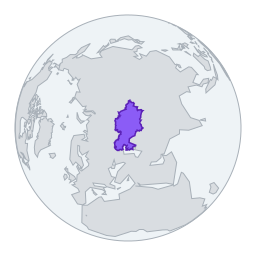 the Earth from above Kazakhstan, rotated 286°
{"feature_id": "KAZ", "entity_name": "Kazakhstan", "entity_type": "country or territory", "adm_level": 0, "iso_a3": "KAZ", "parent_name": "Asia", "parent_adm1": "", "projection": "orthographic", "projection_center": [65.802, 47.999], "detail": "fine", "context": "on_globe", "style": "filled", "palette": "violet", "viewbox_px": 256, "rotation_deg": 286, "n_neighbors": 0, "source": "natural_earth", "source_scale": "50m", "svg_char_len": 15655}
<svg xmlns="http://www.w3.org/2000/svg" viewBox="0 0 256 256"><g transform="rotate(286 128 128)"><circle cx="128" cy="128" r="113" fill="#eef3f6" stroke="#a8b0b8"/><path d="M143.0,16.4L141.7,16.9L139.2,16.4L139.1,16.8L142.2,17.6L144.3,18.1L148.2,22.4L157.8,28.0L163.2,29.2L160.1,29.5L171.9,32.0L178.7,35.8L169.6,31.8L167.5,31.8L171.4,34.4L170.1,34.9L171.2,36.5L169.3,37.0L164.2,35.0L162.8,35.3L165.6,37.2L165.5,39.0L161.6,36.2L161.0,39.2L152.3,36.8L143.4,29.8L137.1,29.8L124.0,26.4L123.7,27.5L118.6,27.2L116.3,28.5L114.5,27.8L114.3,29.5L116.3,30.0L116.9,31.0L115.8,31.8L113.3,30.9L113.5,30.3L112.2,30.5L111.4,29.8L111.2,30.6L108.3,29.6L109.4,32.0L105.7,32.2L104.3,31.2L106.7,29.6L109.3,23.9L108.6,22.7L105.2,22.5L94.0,25.5L92.2,25.2L88.2,25.9L88.1,26.8L91.2,26.6L90.1,28.6L94.0,28.3L94.1,29.2L97.2,29.8L94.3,31.7L89.7,33.2L87.0,32.9L84.9,33.6L85.5,35.7L78.5,37.0L70.6,41.4L69.1,41.7L69.6,38.7L74.6,34.1L75.3,31.2L72.4,35.2L68.6,36.1L66.9,37.3L65.6,38.6L66.1,39.1L64.3,40.0L66.5,36.1L68.2,35.3L67.5,36.4L69.8,34.4L71.3,32.2L69.3,33.1L73.7,29.6L72.3,30.3L72.5,30.1L74.4,29.2L71.0,30.9L71.3,30.7L78.6,26.8L86.1,23.4L93.9,20.6L101.9,18.4L110.0,16.8L118.2,15.8L126.5,15.4L134.8,15.6L143.0,16.4ZM145.4,18.3L142.4,17.6L140.1,16.8L142.7,17.3L145.4,18.3ZM149.7,20.5L147.9,20.2L148.2,19.4L149.1,19.8L149.7,20.5ZM167.3,30.2L165.1,29.0L167.7,30.0L167.3,30.2ZM171.7,36.7L172.7,36.9L172.8,37.7L171.7,36.7ZM98.6,28.8L97.9,29.3L97.7,28.9L98.6,28.8ZM100.6,28.7L100.8,27.9L101.8,27.7L101.6,28.2L100.6,28.7ZM170.1,39.2L170.0,40.5L169.2,38.8L170.1,39.2ZM100.0,29.7L103.5,27.5L105.2,27.3L106.0,29.0L100.0,29.7ZM169.3,41.1L169.2,44.5L171.5,45.2L164.9,45.3L167.2,42.2L165.9,40.0L167.9,41.2L169.3,41.1ZM117.5,29.8L115.2,29.3L118.1,28.9L117.5,29.8ZM119.2,29.3L127.4,27.2L130.1,28.6L126.8,28.9L131.2,30.1L128.6,31.8L125.5,31.5L124.3,30.3L124.2,31.9L119.2,29.3ZM161.3,45.0L160.5,45.6L160.3,44.6L161.3,45.0ZM117.4,31.3L118.8,30.7L121.2,31.8L118.9,33.2L118.8,32.4L117.4,31.3ZM133.7,29.7L135.1,30.9L133.4,32.5L133.7,33.2L128.7,31.9L133.7,29.7ZM117.7,32.6L117.6,34.0L115.4,34.3L116.2,32.0L117.7,32.6ZM122.9,31.5L123.9,32.1L122.6,32.2L122.9,31.5ZM107.5,36.5L109.2,35.6L110.6,36.0L107.5,36.5ZM117.7,34.4L118.5,34.3L119.3,34.4L118.7,35.4L117.7,34.4ZM127.8,33.2L126.8,33.7L129.8,33.8L128.6,35.2L125.5,34.1L126.3,35.1L125.9,35.6L123.8,34.3L127.8,33.2ZM120.5,36.8L116.2,36.1L112.8,37.6L111.5,37.2L117.1,34.9L120.5,36.8ZM122.6,35.4L121.0,36.1L120.1,35.2L120.7,34.1L122.6,35.4ZM128.8,36.5L131.5,34.7L132.1,35.0L128.8,36.5ZM119.7,37.4L120.8,37.5L119.6,37.6L119.7,37.4ZM126.2,36.9L127.1,36.2L127.7,36.6L126.2,36.9ZM122.2,38.5L120.8,38.2L121.1,37.5L122.2,38.5ZM124.2,37.9L124.8,38.6L122.1,37.3L124.4,37.5L124.2,37.9ZM126.7,37.4L127.3,37.4L126.2,37.6L126.7,37.4ZM121.6,41.7L118.1,40.3L118.9,38.5L122.2,40.1L121.6,41.7ZM56.3,214.9L50.5,209.6L40.5,196.6L41.0,193.9L39.6,189.5L33.5,175.0L34.7,170.7L33.5,166.8L30.8,164.3L29.6,159.5L28.1,157.4L20.2,145.6L18.8,137.0L19.8,118.1L22.0,115.7L24.3,109.7L41.2,105.2L42.6,110.3L53.5,119.2L54.5,121.4L50.9,125.5L57.2,139.6L62.0,137.5L70.0,146.8L76.8,150.1L83.3,141.4L72.2,135.8L72.5,129.9L83.3,130.1L93.4,135.2L93.8,133.0L89.4,126.0L93.7,123.4L88.1,123.2L88.9,126.0L85.4,126.1L84.5,123.6L86.0,122.7L83.5,120.3L76.8,125.5L76.9,128.9L69.2,125.9L68.6,131.4L65.8,132.3L65.7,123.4L67.3,121.0L65.5,109.5L63.2,111.6L64.7,122.7L63.4,121.0L60.3,124.3L61.6,120.4L60.5,108.0L54.9,104.6L44.3,108.2L41.7,105.6L41.1,100.4L48.4,92.2L53.3,99.0L56.0,96.5L57.9,89.9L59.3,92.7L60.7,90.9L62.8,93.3L68.8,92.0L71.4,94.0L76.6,89.3L78.6,89.8L75.0,92.3L73.9,95.3L80.8,100.4L82.9,100.2L85.7,96.8L87.2,98.8L89.0,94.9L94.4,96.2L89.4,91.5L92.5,87.8L97.3,86.5L97.4,84.5L89.7,86.7L87.4,88.4L86.9,91.1L79.9,95.5L77.0,94.7L80.9,87.2L77.1,85.4L81.8,80.7L99.8,77.1L105.8,78.0L109.9,87.5L106.9,89.4L103.9,86.8L104.1,92.7L105.3,90.5L106.6,92.3L109.9,89.5L111.0,90.6L112.4,86.1L114.0,87.2L113.1,90.1L119.5,87.2L123.7,88.8L124.7,87.6L124.4,86.0L130.0,89.3L130.4,88.3L128.8,86.8L128.6,83.9L130.4,80.3L132.2,81.6L131.8,83.1L133.7,88.4L132.3,92.4L133.2,92.6L134.9,89.5L132.6,83.0L133.1,80.4L134.7,83.3L134.1,82.0L135.0,81.2L137.5,81.7L136.1,78.5L143.0,68.3L148.6,68.5L149.2,72.0L155.9,67.1L161.7,68.3L160.2,66.8L162.4,63.8L160.6,63.4L160.0,62.5L164.9,55.3L167.4,54.8L167.8,50.5L167.0,49.9L165.1,49.9L164.9,45.3L171.5,45.2L172.9,46.7L176.0,45.8L178.9,49.5L182.7,52.3L184.0,57.2L186.9,59.1L187.8,58.6L192.4,61.1L198.9,68.5L189.7,64.9L179.3,55.3L183.2,59.3L181.2,59.2L181.9,61.2L184.7,64.1L185.8,63.9L184.3,73.5L188.9,83.5L191.4,80.3L194.8,81.2L202.2,91.0L204.3,110.3L208.8,112.6L210.3,115.5L209.0,119.3L206.8,115.1L203.9,115.5L202.8,112.7L200.0,117.8L198.4,114.1L197.0,120.1L199.5,122.1L202.6,118.8L202.1,125.8L207.6,128.1L210.2,133.7L207.7,148.3L202.1,155.6L202.2,157.6L199.0,157.2L196.3,162.8L203.5,169.5L203.8,172.3L198.6,180.7L198.2,178.8L189.7,177.8L189.2,184.9L195.7,187.1L198.0,191.9L193.5,192.4L191.0,188.2L188.0,187.7L188.1,181.9L184.1,174.4L179.5,178.0L179.1,174.3L172.9,168.4L165.9,173.0L155.2,185.3L154.9,194.3L150.7,198.7L142.6,187.0L140.5,178.0L136.6,179.1L129.0,171.2L113.2,169.9L111.8,167.1L108.6,167.9L103.4,164.5L101.7,159.8L98.1,159.4L103.1,171.5L107.0,172.0L111.5,168.5L112.0,172.4L117.1,176.4L108.3,184.3L86.3,187.1L85.6,179.9L76.6,155.8L77.7,153.7L77.7,153.4L77.7,152.9L75.3,156.0L74.3,151.1L77.5,167.7L77.4,173.8L85.9,187.4L84.8,188.1L88.0,191.1L100.1,191.5L99.8,193.6L93.2,201.8L77.7,208.7L80.7,216.4L81.0,221.4L73.4,221.0L76.1,224.7L72.4,223.8L73.5,225.3L71.7,225.1L67.9,223.3L66.2,222.2L56.3,214.9ZM32.9,111.3L31.9,112.9L32.9,111.3ZM102.5,145.6L109.5,147.7L109.0,140.4L111.7,140.6L110.5,138.2L108.9,139.8L106.5,133.1L110.5,131.9L111.0,128.8L108.6,128.0L101.7,131.4L105.2,140.9L102.4,143.1L102.5,145.6ZM68.4,36.4L68.2,36.7L66.7,38.0L66.9,37.5L68.4,36.4ZM63.1,44.2L60.3,45.4L62.4,44.0L62.2,43.3L66.3,39.7L68.5,41.6L66.8,41.3L63.1,44.2ZM72.5,35.7L69.6,37.6L72.7,35.5L72.5,35.7ZM66.3,79.9L66.1,82.0L63.8,83.3L60.5,81.5L63.7,79.5L66.3,79.9ZM66.3,84.9L71.1,78.3L73.3,79.4L71.3,79.8L72.3,81.2L69.2,82.4L66.6,90.1L64.5,91.8L59.5,87.1L62.3,87.6L62.4,85.3L66.3,84.9ZM79.4,61.6L81.5,59.3L83.6,64.5L81.4,66.1L78.0,64.2L78.6,61.2L79.4,61.6ZM100.8,33.4L101.5,32.6L102.2,32.8L102.2,33.7L100.8,33.4ZM108.2,36.0L98.6,37.3L98.9,36.4L93.0,38.6L91.4,37.1L95.3,35.7L89.6,36.3L92.5,34.4L88.6,35.2L97.4,32.2L99.8,30.7L97.8,32.9L99.2,34.3L100.5,34.4L105.9,33.9L111.7,31.7L114.0,32.9L114.1,34.4L113.1,35.1L111.9,34.0L111.4,35.7L108.9,34.8L108.2,36.0ZM113.8,53.9L112.9,51.8L111.3,56.1L108.8,54.8L108.8,55.4L106.1,55.4L102.8,56.4L102.0,55.5L101.0,56.4L99.2,56.5L97.6,57.3L95.6,56.1L93.6,57.1L93.8,55.9L90.7,58.1L92.1,55.9L89.9,56.0L89.7,58.0L82.9,50.1L79.0,48.8L75.0,49.0L77.9,45.5L83.6,43.3L90.1,42.4L93.5,44.3L94.2,42.6L96.0,43.0L94.7,44.2L97.8,42.6L99.0,43.4L104.8,43.2L108.6,40.8L110.8,40.7L109.9,42.1L112.7,41.2L112.5,43.7L114.1,43.8L115.4,46.5L112.7,49.2L114.7,49.1L115.8,51.3L113.8,53.9ZM121.9,42.5L119.2,45.8L116.6,46.7L115.4,41.6L114.0,41.2L113.1,38.2L117.0,36.9L116.9,37.9L117.7,38.5L116.1,38.6L118.0,39.0L117.9,40.4L119.3,41.1L118.0,42.0L121.9,42.5ZM57.0,120.9L58.0,122.1L59.9,123.4L58.0,125.6L57.0,120.9ZM56.1,112.4L57.3,113.0L55.5,116.5L54.5,115.4L56.1,112.4ZM59.4,110.4L57.5,112.8L57.9,110.8L59.4,110.4ZM76.2,92.7L77.6,93.2L77.1,94.2L75.7,95.0L76.2,92.7ZM108.7,67.2L108.6,65.7L109.4,65.5L111.4,62.4L113.4,63.3L112.9,65.5L108.7,67.2ZM80.6,142.2L77.7,143.2L77.1,141.7L78.2,141.7L80.6,142.2ZM66.7,134.4L69.1,137.6L66.1,135.0L66.7,134.4ZM111.2,67.7L111.8,66.3L112.4,67.6L111.2,67.7ZM114.9,63.8L115.9,65.1L113.8,63.0L114.9,63.8ZM99.3,225.7L95.2,231.7L90.1,230.3L88.0,228.0L88.6,223.9L94.1,224.0L96.5,222.2L99.3,225.7ZM216.9,190.0L218.8,188.4L218.7,188.7L216.9,190.0ZM214.9,190.9L217.3,188.8L214.4,191.9L214.9,190.9ZM218.2,188.0L220.6,185.1L221.6,183.6L221.3,184.5L218.2,188.0ZM213.2,192.3L203.4,199.4L199.2,201.1L200.4,199.3L207.1,195.3L213.2,192.3ZM200.0,199.5L193.5,199.7L183.2,193.3L186.9,192.0L197.4,193.8L196.8,195.2L200.8,195.8L200.0,199.5ZM215.2,182.9L214.5,186.6L209.2,190.3L206.7,191.6L205.0,188.5L206.0,185.7L208.1,184.3L215.3,170.8L218.0,170.6L216.0,175.8L218.2,177.0L215.2,182.9ZM155.5,195.0L158.5,199.5L156.1,200.7L155.5,195.0ZM217.5,162.7L215.1,168.7L217.0,161.7L217.5,162.7ZM218.2,156.8L218.7,158.5L217.2,157.7L218.2,156.8ZM202.8,160.4L200.6,162.3L200.2,160.9L202.8,157.7L202.8,160.4ZM212.1,138.5L213.5,142.7L213.5,144.4L211.9,142.6L212.1,138.5ZM129.1,74.7L124.1,77.9L121.9,81.1L122.7,84.2L119.4,81.4L122.9,76.4L129.1,74.7ZM141.1,68.9L140.3,66.4L142.0,66.7L142.5,67.3L141.1,68.9ZM139.6,67.9L136.1,66.4L136.6,64.5L139.3,66.1L139.6,67.9ZM123.5,66.7L121.9,67.6L121.4,66.4L123.5,66.7ZM201.6,213.3L202.6,211.9L203.5,211.2L205.3,208.6L214.9,198.5L222.4,187.2L225.7,183.1L229.4,175.2L232.0,170.6L230.0,175.6L230.6,174.4L227.0,181.7L222.9,188.7L218.2,195.4L213.1,201.8L207.5,207.8L201.6,213.3ZM235.0,163.2L235.7,160.9L235.6,161.3L235.0,163.2ZM221.6,185.5L224.6,180.3L226.0,178.5L221.6,185.5ZM237.7,153.4L237.6,153.9L236.2,159.0L233.9,164.9L234.8,162.1L234.7,160.7L231.6,165.8L230.9,165.5L232.3,162.4L229.8,165.0L232.6,160.1L233.4,161.5L234.9,156.6L236.8,152.8L238.2,149.3L238.9,147.8L238.5,149.6L237.7,153.4ZM232.1,166.8L232.5,166.1L232.0,167.6L232.1,166.8ZM239.3,145.6L239.1,146.4L239.8,141.5L239.3,145.6ZM240.1,138.9L240.1,139.1L240.2,137.5L240.1,138.9ZM226.6,172.4L226.4,173.4L225.6,173.7L226.6,172.4ZM227.6,170.6L229.9,168.3L227.4,171.6L227.6,170.6ZM219.6,176.4L220.4,177.7L223.0,173.7L221.0,177.6L222.5,179.1L221.8,181.0L220.4,179.2L219.4,183.5L218.2,184.6L217.8,182.0L219.2,177.0L220.3,174.2L225.0,168.7L219.6,176.4ZM227.7,168.1L227.1,166.5L227.5,164.2L228.2,164.7L227.7,168.1ZM224.7,162.8L222.4,161.9L220.8,164.9L223.8,157.0L225.5,159.2L224.7,162.8ZM222.2,158.0L220.7,160.7L222.0,156.5L222.2,158.0ZM220.1,160.1L219.5,158.2L220.9,157.1L220.1,160.1ZM223.0,157.2L222.7,153.2L223.7,154.7L223.0,157.2ZM217.8,153.9L221.5,154.6L217.4,156.8L215.4,149.7L217.0,148.0L217.8,153.9ZM215.4,114.6L214.0,112.7L214.9,110.7L215.6,112.5L215.4,114.6ZM216.7,103.0L214.7,109.6L212.9,115.1L214.3,115.1L215.4,119.6L212.3,117.7L212.4,111.2L214.1,107.6L212.7,104.1L212.9,99.9L210.3,96.4L209.9,93.8L212.8,96.0L216.7,103.0ZM209.1,95.1L204.6,88.2L207.2,86.2L208.7,87.2L209.7,91.2L208.3,92.0L209.1,95.1ZM204.3,86.0L202.8,86.8L193.3,79.8L191.9,77.8L200.5,81.8L199.7,82.8L201.6,85.0L204.3,86.0ZM161.6,46.1L160.6,45.6L161.7,45.5L161.6,46.1ZM159.0,62.4L158.4,61.1L159.8,60.9L159.0,62.4ZM157.6,57.7L156.4,58.7L156.9,57.1L157.6,57.7ZM154.0,61.3L155.6,58.9L155.1,62.0L154.0,61.3Z" fill="#d9dde1" stroke="#a8b0b8" stroke-width="1"/><path d="M135.5,139.0L135.1,139.2L135.0,139.5L134.7,139.4L134.3,139.9L133.7,140.3L133.3,140.5L133.2,140.6L132.9,140.8L132.8,141.1L132.7,141.2L132.3,141.6L132.1,141.9L132.1,142.1L132.2,142.3L131.9,142.4L131.5,142.2L131.3,142.0L131.4,141.6L131.2,141.3L130.9,141.3L129.5,141.4L129.3,141.4L129.2,140.8L129.0,139.8L128.3,139.8L128.3,139.2L128.4,137.8L128.0,138.1L127.6,137.2L127.2,137.0L126.7,136.4L126.1,136.7L124.3,136.5L122.6,136.7L121.5,135.3L121.3,135.0L121.3,134.9L118.1,132.3L114.4,133.0L113.6,140.2L112.9,140.2L112.5,139.8L112.1,138.7L111.1,137.8L110.5,137.8L109.6,138.0L109.3,138.1L108.7,138.5L108.7,137.9L109.0,137.3L109.1,137.1L109.1,136.7L108.7,136.5L108.6,136.3L108.2,136.3L108.0,135.8L107.9,135.6L107.4,135.5L107.5,134.9L107.3,134.4L107.1,133.4L106.5,133.0L106.4,133.0L106.4,132.8L106.6,132.5L107.3,132.6L107.7,132.9L108.0,132.9L108.2,133.0L108.1,132.8L107.9,132.7L107.7,132.3L107.6,132.1L108.0,131.8L108.1,131.6L108.3,131.3L108.5,131.4L108.8,131.3L109.7,131.5L110.3,131.8L110.7,131.8L110.3,131.4L110.2,131.3L110.4,130.9L110.7,130.6L110.9,130.1L110.9,129.7L110.9,129.4L111.1,129.2L111.0,128.8L110.9,128.6L110.3,128.4L110.1,128.6L109.8,128.7L109.7,128.5L109.3,128.4L109.2,128.2L108.6,127.9L108.3,128.0L107.8,128.2L107.6,128.2L106.8,128.6L106.0,128.6L106.0,128.8L105.9,128.7L105.8,128.8L105.1,128.2L105.1,127.9L105.5,128.1L105.6,127.9L105.4,126.8L105.0,125.9L104.2,125.5L103.9,125.5L103.8,125.1L103.9,124.8L103.9,124.6L103.5,124.1L103.5,123.8L103.7,123.4L104.0,123.1L104.3,122.8L104.3,122.7L104.1,122.3L104.2,122.1L104.4,121.7L104.6,121.5L105.0,121.3L105.0,121.2L105.1,120.9L105.5,120.6L106.2,121.9L106.3,121.9L106.7,121.8L106.9,121.7L106.9,120.5L107.1,120.6L107.8,120.2L108.0,119.9L108.5,119.8L109.2,119.6L109.9,118.9L110.3,119.1L110.4,119.3L110.4,119.5L110.5,119.5L110.8,119.6L111.3,119.3L111.6,119.3L111.9,119.7L111.9,119.8L112.9,119.9L113.1,120.1L113.2,120.4L113.5,120.7L113.7,120.9L113.9,121.5L113.9,121.9L114.0,122.0L114.2,121.9L114.2,121.3L114.1,121.2L114.3,121.1L114.5,121.3L115.1,121.9L115.4,122.1L115.9,121.9L116.1,121.7L116.5,121.4L116.7,121.5L117.2,121.4L117.4,121.4L117.7,121.8L117.9,121.7L118.2,121.4L118.8,121.5L119.0,121.7L119.4,122.3L120.1,122.5L120.2,122.8L120.5,122.6L120.7,122.2L120.9,122.1L121.1,122.4L121.3,122.5L121.6,122.5L122.0,122.5L122.3,122.4L122.5,122.2L122.8,121.5L122.8,121.3L122.6,121.1L122.1,121.0L122.1,120.9L121.5,120.6L121.4,120.4L121.1,120.1L121.1,119.9L121.5,119.7L121.8,119.6L122.2,119.3L122.0,118.6L122.4,118.1L122.8,118.0L123.5,118.2L123.5,117.9L123.1,117.6L122.6,117.5L122.6,117.4L122.7,117.1L122.9,117.1L123.0,117.0L123.0,116.9L122.7,116.9L122.4,116.8L122.6,116.5L122.6,116.1L122.8,116.0L123.5,116.2L124.2,116.1L124.3,116.0L124.9,116.0L125.0,115.8L125.8,115.7L126.2,115.5L126.5,115.5L127.0,115.4L127.2,115.6L127.3,115.5L127.4,115.2L127.6,115.0L127.9,115.0L128.1,114.9L128.5,114.9L130.1,114.5L130.3,114.4L130.7,114.3L130.7,114.1L130.7,113.9L131.1,113.8L131.3,113.6L131.5,113.4L132.1,113.5L132.9,113.8L133.1,113.7L133.5,113.5L133.7,113.8L134.1,114.8L134.1,115.3L134.0,115.5L134.4,115.7L135.0,115.5L135.2,115.3L135.3,115.3L135.6,115.7L135.6,116.0L135.8,115.9L135.8,115.7L136.2,115.6L136.4,115.9L136.6,115.9L137.0,115.6L137.1,115.9L136.8,116.2L136.7,116.4L136.7,116.6L136.8,116.9L137.1,116.6L137.4,116.5L137.8,116.5L138.0,116.7L138.0,116.3L138.4,116.0L138.7,115.9L138.9,115.8L139.0,115.6L139.0,115.4L139.3,115.3L139.9,114.8L140.2,114.7L140.5,114.5L140.4,115.1L140.2,115.1L140.3,115.3L140.4,115.5L141.9,116.4L142.1,116.5L143.0,117.7L144.6,119.7L145.5,120.9L145.7,120.6L145.9,120.5L145.9,120.4L145.8,120.1L146.2,119.8L146.3,119.7L146.5,119.9L146.7,120.3L147.1,120.2L147.2,120.5L147.8,120.5L148.0,120.5L148.5,120.4L148.7,120.0L149.0,119.9L149.2,119.7L149.4,119.7L149.9,119.8L150.2,119.9L150.3,120.1L150.6,120.3L150.8,120.8L151.2,120.8L151.6,121.0L151.8,121.0L151.9,121.3L152.3,121.7L153.2,121.6L153.5,121.6L153.8,121.0L154.0,121.0L153.9,121.3L154.0,121.4L154.2,121.5L154.6,121.8L154.9,121.8L155.1,122.0L154.7,122.1L154.5,122.3L154.4,122.5L154.5,122.7L154.5,123.0L154.4,123.4L154.1,123.6L153.5,123.9L153.5,124.3L153.5,124.9L153.8,125.7L153.9,125.9L154.0,126.1L153.8,126.5L153.5,126.6L153.3,127.0L153.1,127.2L152.9,127.0L152.4,127.0L152.0,127.2L151.6,127.2L150.7,127.0L150.7,127.5L150.5,129.2L150.4,130.3L150.4,130.5L150.9,130.6L150.9,130.8L150.9,131.2L150.5,131.0L150.1,131.3L149.9,131.2L149.7,131.0L148.6,131.6L148.3,131.7L147.6,132.1L147.4,132.3L147.6,132.5L147.9,132.4L148.3,132.5L148.2,132.7L148.2,132.9L148.3,133.7L148.6,134.1L148.9,134.7L149.0,134.9L149.0,135.2L149.2,135.4L149.2,135.5L148.7,135.8L149.0,136.0L148.6,136.3L148.6,136.6L148.8,137.3L148.8,137.5L148.3,137.1L147.6,137.1L147.2,136.8L147.1,136.6L146.7,136.7L146.2,136.6L145.5,136.7L145.2,136.7L144.4,136.8L144.0,136.7L143.3,136.9L142.4,137.0L142.1,137.3L141.7,137.3L140.9,137.1L140.0,136.7L139.9,136.8L139.6,136.8L139.1,137.3L139.0,138.1L139.1,138.4L138.8,138.3L138.2,138.2L137.3,137.9L136.6,137.8L135.9,138.1L135.6,138.5L135.4,138.9L135.4,139.0L135.5,139.0ZM106.5,132.0L106.4,132.0L106.3,131.8L106.4,131.6L106.5,131.5L106.4,131.6L106.3,131.8L106.5,132.0ZM110.1,131.6L109.9,131.5L109.9,131.4L110.0,131.3L110.1,131.6Z" fill="#8b5cf6" stroke="#5b21b6" stroke-width="1.5"/></g></svg>